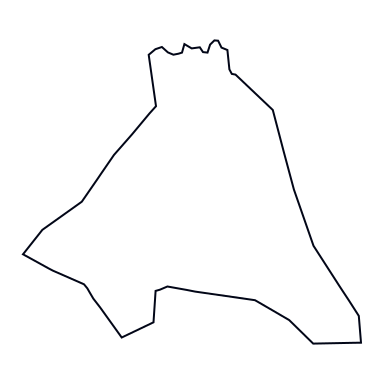 São Julião, Piauí, Brazil (Equal Earth projection)
{"feature_id": "56859067B17966714398568", "entity_name": "São Julião", "entity_type": "district", "adm_level": 2, "iso_a3": "BRA", "parent_name": "Brazil", "parent_adm1": "Piauí", "projection": "equal_earth", "projection_center": [-40.828, -7.071], "detail": "fine", "context": "isolated", "style": "outline", "palette": "ink", "viewbox_px": 384, "rotation_deg": 0, "n_neighbors": 0, "source": "geoboundaries", "source_scale": "gbopen_adm2", "svg_char_len": 838}
<svg xmlns="http://www.w3.org/2000/svg" viewBox="0 0 384 384"><path d="M23.0,254.3L48.6,268.4L53.0,270.7L84.0,284.3L87.3,288.3L89.9,292.8L93.3,298.6L100.1,307.4L121.7,337.5L153.5,322.3L155.6,290.9L159.9,289.7L167.4,286.5L186.5,289.9L195.2,291.6L249.5,299.4L255.0,300.2L265.7,306.4L289.2,320.1L313.2,343.6L353.9,342.8L361.0,342.7L358.8,315.9L349.0,300.6L342.6,290.9L339.4,286.0L313.5,245.8L293.9,189.5L283.6,151.2L279.1,134.0L272.8,110.0L235.5,74.6L231.8,73.9L229.4,69.4L227.4,50.0L221.5,47.6L218.1,40.7L214.4,40.4L210.1,44.6L207.5,52.6L203.0,52.1L199.8,47.3L191.7,48.4L184.4,44.1L182.0,52.6L178.5,53.7L173.4,54.7L167.9,52.4L161.9,47.0L155.4,49.2L148.7,54.8L151.3,73.1L156.0,106.2L149.6,113.3L132.0,134.4L114.0,154.9L101.0,173.8L98.1,178.1L81.8,201.7L65.0,213.7L42.4,229.8L23.0,254.3Z" fill="none" stroke="#020617" stroke-width="2"/></svg>